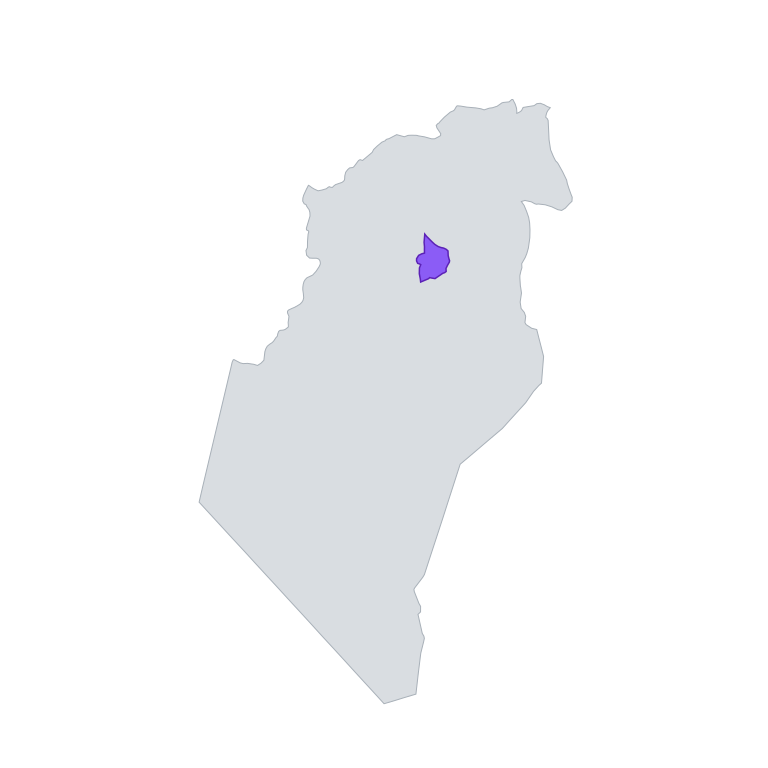 location of Abtouyour, Guéra, Chad, rotated 194°
{"feature_id": "50815135B86536624745263", "entity_name": "Abtouyour", "entity_type": "district", "adm_level": 2, "iso_a3": "TCD", "parent_name": "Chad", "parent_adm1": "Guéra", "projection": "equal_earth", "projection_center": [18.122, 12.013], "detail": "fine", "context": "in_parent", "style": "filled", "palette": "violet", "viewbox_px": 768, "rotation_deg": 194, "n_neighbors": 0, "source": "geoboundaries", "source_scale": "gbopen_adm2", "svg_char_len": 4198}
<svg xmlns="http://www.w3.org/2000/svg" viewBox="0 0 768 768"><g transform="rotate(194 384 384)"><path d="M534.8,224.6L535.1,241.8L535.3,259.0L535.5,276.2L535.7,293.4L535.9,310.7L536.1,328.0L536.3,345.3L536.5,362.6L536.6,368.4L536.2,370.7L536.1,371.0L535.5,371.4L528.6,369.7L525.6,369.7L521.4,371.0L515.2,371.6L511.2,371.4L508.4,374.4L506.3,378.0L507.4,386.6L507.2,389.5L506.4,392.4L504.5,395.0L502.6,397.0L501.5,398.8L500.1,402.7L499.1,404.5L499.2,407.0L498.9,409.6L497.8,410.9L494.9,411.9L493.1,413.0L491.6,414.9L490.6,416.3L491.1,418.1L491.9,420.5L492.3,424.4L492.6,426.7L494.0,428.5L494.9,429.8L495.2,431.4L494.4,432.8L490.9,435.6L489.5,436.6L487.9,438.1L487.3,438.6L484.7,441.3L483.4,443.6L482.8,445.6L482.8,448.3L484.2,452.4L485.6,455.8L486.2,458.4L486.5,461.3L486.4,464.0L485.7,466.3L484.4,468.5L479.6,472.4L477.2,476.8L475.3,482.2L474.8,485.1L475.4,487.0L476.4,488.6L477.8,489.5L480.0,489.7L483.5,488.8L486.7,488.2L490.2,490.2L492.0,494.6L491.3,497.9L492.7,503.8L493.9,511.0L493.8,513.4L494.3,514.3L496.5,514.8L497.0,516.4L496.4,529.0L497.4,532.5L498.9,535.1L500.5,536.4L502.2,538.0L503.0,539.2L505.0,539.5L507.1,541.8L507.7,544.8L507.6,547.8L506.4,554.2L505.4,558.5L504.1,558.2L501.6,557.1L498.5,556.2L494.7,555.5L491.1,557.2L487.2,559.5L485.9,561.2L484.9,562.2L483.1,562.0L481.6,562.3L480.7,563.9L479.3,565.7L473.6,569.4L472.5,570.7L471.8,572.0L471.8,573.5L472.4,576.5L472.4,580.2L471.1,583.2L469.7,585.3L468.0,586.0L466.6,586.5L465.7,587.7L462.8,594.6L461.5,595.9L458.9,595.7L451.5,605.9L450.8,609.0L448.1,613.3L444.6,618.1L441.6,620.4L441.3,621.3L440.5,622.2L438.6,623.2L432.0,629.0L424.1,628.8L420.7,631.1L417.3,632.1L412.3,633.2L410.8,633.1L404.5,633.6L397.0,633.4L394.1,634.2L391.5,636.5L389.5,638.4L389.2,639.0L389.5,639.9L389.4,640.5L394.6,645.3L395.9,647.6L394.6,649.9L394.0,650.2L393.9,650.3L393.1,652.1L390.0,657.5L385.4,663.9L383.0,665.7L382.0,666.9L380.8,671.1L380.0,671.7L376.8,672.2L370.5,672.7L361.7,674.1L356.4,674.5L353.2,674.2L348.6,677.1L346.9,677.8L345.9,678.1L341.4,680.9L337.6,685.3L336.2,686.1L330.9,688.0L328.8,691.0L327.8,691.2L324.4,687.3L322.1,683.6L320.9,680.0L320.8,678.8L320.2,679.0L318.3,680.6L316.7,682.5L315.9,686.0L310.4,688.4L305.7,690.4L303.5,693.0L300.2,694.2L296.0,693.7L292.7,692.7L289.5,692.3L291.1,689.1L291.7,686.8L291.8,683.8L291.6,681.9L289.7,680.9L288.5,679.4L285.7,670.2L282.9,660.8L279.0,651.5L274.6,645.6L271.5,642.0L270.5,641.5L268.9,640.4L267.8,639.3L262.0,633.1L256.1,626.0L254.6,622.8L251.6,618.0L248.3,613.1L246.6,610.8L245.8,606.8L248.1,603.1L250.6,598.5L253.6,595.4L257.5,595.2L264.0,596.5L270.9,596.9L277.8,596.0L279.6,595.3L281.4,595.4L285.1,596.4L291.6,596.2L294.9,594.3L291.3,591.2L287.5,586.1L283.9,580.6L281.7,575.6L279.7,569.1L277.9,561.2L276.8,550.9L277.0,545.0L277.6,540.8L279.5,534.1L278.3,530.1L278.5,526.9L278.4,522.1L277.8,519.7L275.3,511.8L274.8,510.9L272.6,505.5L271.7,496.4L269.2,490.4L265.2,487.4L262.9,483.9L262.1,477.7L260.5,476.0L254.2,473.8L249.0,473.8L245.2,466.7L240.3,457.7L235.8,449.3L233.0,432.5L231.4,422.9L233.4,420.0L237.1,413.1L242.0,400.1L252.9,379.9L258.4,369.5L269.5,354.1L283.0,335.2L290.7,324.6L292.0,305.2L293.4,284.7L294.4,269.3L295.7,251.0L296.8,235.8L297.6,224.7L298.7,208.9L299.6,205.9L304.9,193.6L305.3,192.0L304.4,189.9L297.0,179.5L294.7,177.1L293.4,171.7L295.3,168.7L286.5,151.2L284.3,149.0L283.3,146.9L283.2,143.8L283.2,131.7L280.9,112.8L278.0,90.8L288.5,84.6L296.4,79.8L306.6,73.8L315.9,80.0L329.4,88.9L343.0,97.9L356.5,106.9L370.1,115.9L383.8,124.9L397.4,134.0L411.0,143.0L424.7,152.0L438.4,161.1L452.1,170.1L465.9,179.2L479.6,188.3L493.4,197.3L507.2,206.4L521.0,215.5L534.8,224.6Z" fill="#d9dde1" stroke="#a8b0b8" stroke-width="1"/><path d="M364.0,498.3L360.0,498.6L353.8,505.6L352.1,506.7L350.9,508.2L351.8,511.1L351.1,514.5L350.1,518.0L350.2,519.5L351.2,521.1L352.8,524.1L354.1,528.6L356.1,529.7L358.9,530.3L361.8,530.2L364.8,530.5L368.6,531.8L371.5,533.4L374.5,535.2L378.5,537.6L380.7,539.3L379.4,531.2L377.9,526.9L377.4,524.7L376.4,520.8L378.8,519.5L381.5,517.2L382.7,513.5L382.2,511.3L380.5,509.2L378.7,509.1L377.2,508.7L377.7,505.2L376.4,499.5L374.2,494.8L373.1,491.8L366.2,497.0L365.4,498.3L364.0,498.3L364.0,498.3Z" fill="#8b5cf6" stroke="#5b21b6" stroke-width="1.5"/></g></svg>